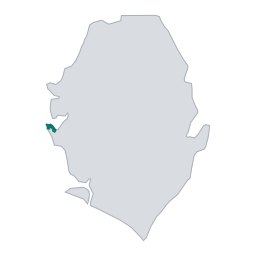 location of Western Area Urban, Western, Sierra Leone
{"feature_id": "65957751B7442620669158", "entity_name": "Western Area Urban", "entity_type": "district", "adm_level": 2, "iso_a3": "SLE", "parent_name": "Sierra Leone", "parent_adm1": "Western", "projection": "equal_earth", "projection_center": [-13.216, 8.449], "detail": "fine", "context": "in_parent", "style": "filled", "palette": "teal", "viewbox_px": 256, "rotation_deg": 0, "n_neighbors": 0, "source": "geoboundaries", "source_scale": "gbopen_adm2", "svg_char_len": 3760}
<svg xmlns="http://www.w3.org/2000/svg" viewBox="0 0 256 256"><path d="M209.6,125.4L209.5,127.7L208.0,138.1L205.5,147.1L203.9,149.3L197.1,151.7L194.1,155.6L191.6,168.4L190.0,178.4L187.7,180.0L177.6,194.5L171.0,200.0L166.4,204.7L162.0,210.9L156.5,216.8L150.6,226.9L146.4,237.4L143.5,240.6L141.3,237.7L131.2,227.3L120.6,220.4L98.0,208.9L90.4,205.6L90.7,201.5L93.3,194.0L89.1,185.2L90.7,178.8L89.1,178.8L85.8,182.7L78.9,181.5L74.4,176.1L70.6,174.0L69.0,171.3L66.6,156.8L64.9,150.2L61.4,146.2L54.5,145.2L51.6,136.3L47.8,129.5L48.4,125.3L51.5,125.5L54.0,128.6L57.9,129.8L62.9,122.4L67.3,118.4L68.3,114.9L67.7,113.0L65.1,116.0L57.8,115.2L56.0,117.9L52.7,118.7L50.2,110.1L50.3,105.0L51.3,99.3L58.7,98.4L59.3,96.6L54.2,95.4L47.8,88.8L46.7,84.3L49.9,82.8L52.9,83.5L55.5,84.4L58.4,82.8L61.0,80.4L62.6,77.2L64.8,68.7L71.7,65.9L75.7,60.7L79.6,52.6L81.4,47.0L83.0,44.2L84.0,41.7L84.7,39.0L86.4,36.6L88.2,30.6L89.5,25.1L93.4,22.5L101.5,20.2L108.9,24.2L120.7,20.7L121.4,15.6L132.2,15.5L145.1,15.4L155.8,15.4L159.5,16.7L160.8,20.5L164.4,26.5L168.1,30.7L172.6,39.7L178.0,50.3L183.7,59.8L187.4,65.0L187.9,66.8L187.6,68.9L185.8,73.7L184.3,79.0L184.4,81.0L185.5,82.0L191.5,83.6L192.1,89.5L192.1,97.6L195.0,105.1L197.8,110.7L197.7,112.7L190.9,122.2L188.3,131.6L187.0,134.2L186.4,136.4L187.8,137.4L189.7,136.7L192.3,137.5L194.8,137.8L198.1,134.4L203.6,125.7L205.5,124.7L209.6,125.4ZM88.2,202.0L87.5,203.9L83.8,199.2L65.2,192.1L70.4,188.4L83.4,187.3L87.3,189.5L89.0,191.3L89.6,194.7L88.2,202.0Z" fill="#d9dde1" stroke="#a8b0b8" stroke-width="1"/><path d="M55.3,130.3L55.4,130.2L55.5,130.2L55.5,130.3L55.7,130.2L55.5,129.8L55.5,129.7L55.4,129.6L55.4,129.8L55.2,129.8L55.0,129.7L54.9,129.7L54.8,129.4L54.7,129.4L54.6,129.2L54.4,129.0L54.4,128.9L54.3,128.6L54.2,128.5L54.3,128.5L54.2,128.5L54.3,128.5L54.3,128.4L54.2,128.4L54.2,128.1L54.0,127.8L53.9,127.8L53.9,127.7L53.7,127.5L53.5,127.4L53.4,127.3L53.4,127.1L53.3,126.9L53.2,126.7L52.9,126.3L52.8,126.2L52.7,126.1L52.6,125.9L52.5,126.0L52.5,125.9L52.5,125.7L52.4,125.6L52.2,125.7L51.9,125.8L51.8,125.7L51.7,125.7L51.6,125.4L51.4,125.4L51.4,125.5L51.3,125.4L51.4,125.2L51.5,125.3L51.6,125.2L51.4,125.0L51.2,124.9L50.8,124.8L50.7,125.0L50.4,125.0L50.3,124.9L50.2,124.9L50.2,125.0L50.0,124.9L49.8,125.0L49.8,124.9L49.7,125.0L49.6,125.3L49.5,125.2L49.4,125.1L49.3,124.9L49.2,124.8L48.9,125.0L48.8,125.3L49.0,125.4L48.9,125.4L48.7,125.5L48.7,125.4L48.6,125.2L48.5,125.3L48.5,125.2L48.4,124.8L48.3,124.7L48.2,124.7L47.9,124.7L47.9,124.8L47.8,125.0L47.7,125.2L47.7,125.3L47.8,125.3L47.7,125.4L47.7,125.5L47.6,125.9L47.6,126.0L47.4,126.2L47.5,125.9L47.5,125.7L47.4,125.7L47.4,125.4L47.2,125.3L47.3,125.2L47.4,124.9L47.5,124.9L47.4,124.7L47.2,124.6L47.0,124.4L46.9,124.4L46.8,124.5L46.7,124.6L46.5,124.4L46.4,124.6L46.4,124.8L46.5,124.9L46.8,125.1L47.0,125.7L47.1,125.9L47.1,126.0L47.2,126.4L47.3,126.7L47.3,126.9L47.4,127.1L47.5,127.6L47.4,127.7L47.4,127.8L47.4,127.7L47.4,127.8L47.4,128.2L47.4,128.4L47.4,128.6L47.5,128.6L47.8,128.6L48.0,128.8L48.3,128.8L48.5,128.8L48.8,128.8L49.4,128.8L49.4,128.5L49.4,128.3L49.3,128.2L49.3,127.8L49.2,127.6L49.3,127.6L49.3,127.4L49.1,127.4L49.2,127.2L49.3,127.3L49.3,127.2L50.0,127.6L50.3,127.4L50.5,127.2L50.3,126.8L50.5,126.7L50.4,126.7L50.5,126.7L50.6,126.4L50.5,126.1L50.4,126.0L50.3,125.9L50.4,125.6L50.5,125.5L50.6,125.8L50.8,126.0L51.0,126.3L50.9,126.4L51.0,126.5L51.2,127.0L51.3,127.3L51.6,127.6L51.9,128.2L52.2,128.7L52.4,128.9L52.9,129.7L52.8,129.8L52.8,130.0L52.8,130.6L53.0,130.8L53.1,131.0L53.3,131.0L53.5,131.1L53.5,131.3L53.8,131.4L53.7,131.5L53.8,131.6L54.0,131.6L54.3,131.7L54.4,131.8L54.5,131.7L54.6,131.8L54.7,131.7L54.9,131.7L55.0,131.4L55.1,131.2L54.9,131.0L54.9,130.9L55.0,130.8L55.1,130.6L55.3,130.7L55.3,130.4L55.3,130.3Z" fill="#14b8a6" stroke="#0f766e" stroke-width="1.5"/></svg>